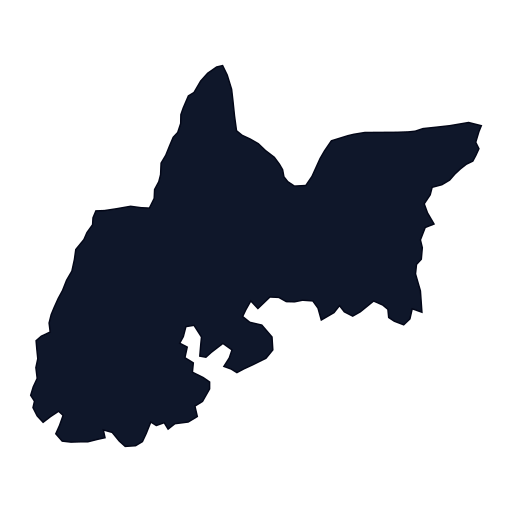 the district of Porto Amazonas, Paraná, Brazil
{"feature_id": "56859067B80853054664555", "entity_name": "Porto Amazonas", "entity_type": "district", "adm_level": 2, "iso_a3": "BRA", "parent_name": "Brazil", "parent_adm1": "Paraná", "projection": "albers", "projection_center": [-49.893, -25.527], "detail": "fine", "context": "isolated", "style": "filled", "palette": "ink", "viewbox_px": 512, "rotation_deg": 0, "n_neighbors": 0, "source": "geoboundaries", "source_scale": "gbopen_adm2", "svg_char_len": 2331}
<svg xmlns="http://www.w3.org/2000/svg" viewBox="0 0 512 512"><path d="M481.3,125.7L468.6,122.5L449.8,125.7L436.3,127.2L423.0,128.6L415.2,131.2L408.5,131.9L397.1,132.3L364.8,132.5L353.8,134.3L347.9,135.7L331.4,140.8L324.5,150.9L320.1,158.5L312.0,176.4L305.8,185.5L294.4,186.1L287.8,181.7L283.9,176.8L282.6,169.7L279.4,164.2L274.3,157.3L265.4,150.5L258.3,143.7L250.1,139.0L242.1,135.3L236.5,130.7L234.5,115.9L233.0,101.5L231.6,89.3L227.2,75.0L222.6,65.6L216.6,67.0L207.7,73.2L200.7,81.0L194.0,92.5L188.4,95.9L183.2,108.0L180.9,114.6L180.7,123.5L177.7,132.5L173.2,137.3L169.6,145.8L165.8,155.2L161.1,163.1L160.6,174.7L158.8,181.7L154.6,189.5L154.2,198.4L149.4,208.1L141.0,207.7L130.6,206.3L116.3,208.8L104.4,210.6L95.9,210.9L93.0,217.8L92.6,224.7L87.0,232.5L83.9,239.6L75.8,249.5L74.4,259.6L71.9,271.1L66.6,280.2L62.5,290.6L58.2,298.5L54.1,307.6L51.2,314.6L49.1,323.0L50.2,332.0L41.3,336.2L36.1,340.7L36.8,348.8L37.8,358.7L35.9,367.6L37.2,378.4L33.2,387.0L30.7,395.3L34.5,401.2L33.0,407.6L37.2,415.9L43.1,422.3L50.5,416.6L58.6,411.2L63.1,415.4L59.6,425.3L55.8,433.8L62.2,441.1L71.0,442.1L80.3,441.8L87.8,441.8L97.7,439.3L105.0,437.7L103.3,429.9L112.2,432.4L119.3,441.1L125.2,446.4L135.6,445.7L142.4,441.6L146.2,433.5L150.8,422.0L156.3,425.5L164.2,422.7L168.1,429.1L174.9,423.7L188.2,422.0L197.3,416.5L194.9,406.1L202.5,401.4L209.6,388.9L209.6,382.0L203.4,377.7L192.4,372.2L193.3,362.9L184.9,357.7L187.2,347.1L179.7,343.2L183.3,336.6L185.9,326.6L194.0,325.3L201.5,337.0L200.8,344.1L199.8,356.1L205.9,357.2L211.2,352.4L222.9,343.4L232.0,349.9L229.3,357.9L223.9,366.4L231.1,369.0L236.9,372.6L243.6,369.0L252.7,364.8L266.0,358.2L272.8,349.9L272.0,337.0L261.8,325.1L249.8,322.3L242.6,316.5L245.9,309.6L250.8,300.9L257.9,308.5L269.9,297.0L278.8,297.4L286.3,301.6L294.6,301.8L302.5,300.2L312.8,300.9L318.0,308.1L321.3,320.0L334.0,312.6L339.5,305.6L344.3,311.8L352.7,316.1L360.3,311.8L373.6,301.0L382.7,305.0L387.9,309.3L388.7,317.5L394.3,321.2L403.7,324.8L409.9,318.9L412.2,308.8L421.9,312.2L420.4,290.9L418.0,282.6L415.5,273.9L416.5,264.4L421.3,259.2L422.3,247.7L420.4,239.9L425.2,227.5L434.0,224.0L427.5,212.9L424.2,203.8L430.2,194.8L432.1,187.3L441.9,184.7L449.6,180.1L454.9,174.0L460.4,168.9L466.2,164.3L472.8,161.1L475.9,155.3L478.9,148.7L475.7,142.3L478.9,131.6L481.3,125.7Z" fill="#0f172a" stroke="#020617" stroke-width="1.5"/></svg>